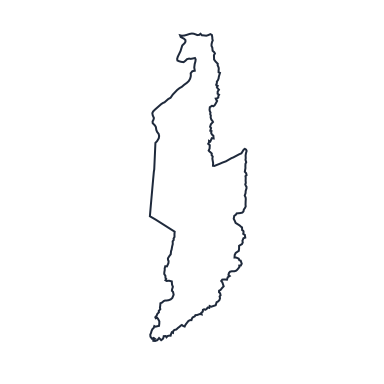 outline of Vila Boa, Goiás, Brazil, rotated 204°
{"feature_id": "56859067B63522642700520", "entity_name": "Vila Boa", "entity_type": "district", "adm_level": 2, "iso_a3": "BRA", "parent_name": "Brazil", "parent_adm1": "Goiás", "projection": "robinson", "projection_center": [-47.073, -14.994], "detail": "fine", "context": "isolated", "style": "outline", "palette": "slate", "viewbox_px": 384, "rotation_deg": 204, "n_neighbors": 0, "source": "geoboundaries", "source_scale": "gbopen_adm2", "svg_char_len": 4802}
<svg xmlns="http://www.w3.org/2000/svg" viewBox="0 0 384 384"><g transform="rotate(204 192 192)"><path d="M245.4,222.0L235.7,197.3L235.1,195.0L231.4,184.1L224.0,162.5L220.6,152.7L214.0,152.0L191.7,148.7L190.9,146.4L189.7,143.8L189.9,142.0L189.2,140.8L189.6,139.1L188.4,136.6L188.0,134.2L187.2,131.0L187.1,129.5L186.1,126.4L186.6,124.5L186.8,123.1L187.0,121.6L186.3,120.2L185.3,119.4L184.6,117.4L184.6,113.9L186.2,113.3L185.9,111.1L185.2,109.7L184.7,107.6L184.0,105.8L182.2,104.6L181.3,102.7L180.2,102.1L180.4,100.6L179.0,100.4L176.9,101.6L174.1,102.1L173.4,100.8L172.6,99.3L170.9,97.6L170.6,94.9L170.2,93.6L168.8,93.1L168.0,92.1L167.0,90.7L166.9,87.1L167.8,85.2L169.4,83.6L171.3,82.4L172.5,81.9L173.5,80.8L174.4,78.8L175.6,77.5L174.9,75.6L174.2,73.2L173.3,72.1L174.0,69.8L173.3,68.6L174.1,66.6L174.0,64.7L174.6,62.7L173.7,61.9L172.6,62.9L171.3,62.2L169.2,60.5L168.3,58.3L167.7,56.3L168.9,55.4L170.6,54.1L171.9,54.2L171.7,52.3L172.4,50.5L172.4,48.4L172.1,46.6L172.1,44.7L171.1,42.9L168.9,41.7L167.7,43.1L166.3,42.8L167.5,41.6L166.8,40.3L165.1,40.9L163.4,42.5L162.7,45.2L159.9,44.1L159.0,45.7L158.8,47.2L159.2,48.8L157.5,49.7L156.2,48.9L155.7,50.5L154.3,51.6L153.1,52.0L153.4,54.0L153.4,55.6L152.1,55.6L152.6,57.1L152.0,58.8L150.4,60.0L149.6,62.0L148.6,63.8L147.9,65.4L147.2,66.4L145.6,66.0L144.0,66.1L144.0,67.6L143.7,69.3L142.8,72.8L141.6,74.2L140.4,74.7L140.6,76.2L140.4,77.7L138.9,79.5L138.8,80.9L137.4,81.6L135.1,83.8L133.4,84.1L134.4,85.4L133.5,87.1L134.1,88.8L133.2,89.8L132.0,89.8L131.1,91.0L130.7,92.8L129.1,93.2L129.5,95.0L127.8,95.0L125.5,97.1L124.3,98.2L124.5,99.8L124.7,101.3L123.6,102.7L123.0,104.5L123.2,106.4L124.3,107.8L123.9,109.3L125.1,110.9L126.6,111.5L127.1,112.9L126.1,114.1L125.5,116.5L124.7,118.7L127.5,121.8L129.1,122.6L128.7,124.3L126.3,125.5L124.4,126.1L124.7,128.6L123.4,130.6L125.0,131.1L125.3,133.0L124.9,134.6L123.5,135.7L121.1,136.8L119.8,137.9L119.1,139.3L118.5,141.4L118.2,142.8L118.9,144.0L117.5,144.7L117.4,146.7L119.6,149.1L121.0,148.9L122.2,150.1L124.9,150.1L126.5,149.4L127.4,151.9L127.3,154.1L126.0,156.2L125.3,157.3L126.0,159.5L127.1,162.0L126.2,163.3L125.2,164.6L125.1,166.5L126.1,168.0L126.2,170.7L124.8,172.0L126.3,174.3L128.2,174.6L128.6,176.5L129.4,177.4L130.7,177.6L131.9,180.0L133.1,180.2L134.8,180.8L139.6,181.5L140.9,182.8L143.0,184.5L143.7,187.4L142.7,189.1L142.5,190.6L139.3,192.4L137.6,193.7L137.1,195.2L137.5,197.0L137.1,199.2L137.1,200.7L137.9,202.1L139.3,205.5L140.0,207.4L140.8,208.8L142.4,210.2L142.6,212.7L143.4,214.8L143.7,217.5L144.3,218.9L145.3,219.5L146.5,220.7L146.5,222.1L147.7,224.3L148.7,226.8L149.6,228.2L149.0,229.6L150.2,231.2L152.0,232.0L152.9,235.6L153.6,237.0L154.6,239.4L154.6,241.3L156.2,243.1L156.7,244.8L157.9,247.2L158.5,249.5L158.8,251.7L159.8,252.7L161.3,252.9L162.0,251.7L162.6,247.4L164.2,245.7L166.3,243.0L168.4,240.3L169.7,239.0L173.5,233.8L176.2,231.2L178.0,229.2L182.2,224.9L183.5,224.5L184.5,227.1L186.0,229.3L187.0,230.8L187.5,232.8L189.1,233.7L189.6,235.2L191.3,235.8L192.5,236.1L193.6,236.6L193.6,238.9L194.2,240.4L194.8,242.0L196.8,242.6L196.6,244.3L197.2,245.6L195.8,245.5L195.8,249.2L194.0,249.7L195.4,252.1L197.1,252.6L198.5,253.7L199.0,255.6L200.2,255.4L200.6,258.2L202.0,258.9L202.3,261.6L201.3,264.5L202.5,265.4L203.8,266.0L205.3,267.7L205.9,269.5L207.1,270.6L207.4,272.1L208.6,273.1L209.4,274.2L210.2,276.7L208.8,278.9L207.4,279.0L206.6,280.4L206.3,282.8L206.1,285.4L207.2,286.0L208.3,287.0L207.1,287.8L206.4,289.0L207.0,290.4L206.8,291.8L208.6,292.2L209.4,294.2L209.0,296.4L210.9,297.2L212.0,298.0L211.7,299.4L213.5,299.7L213.6,301.7L214.2,303.0L213.8,304.7L213.9,306.5L214.4,308.4L214.6,309.9L214.9,312.2L216.4,312.2L217.1,313.7L217.6,315.3L218.3,316.5L220.2,318.3L220.6,319.6L223.6,320.8L225.7,322.0L227.6,325.9L227.4,327.9L228.7,328.8L230.6,329.4L232.2,332.2L233.6,333.4L234.3,335.1L234.7,337.3L234.7,338.9L235.6,340.0L236.4,341.6L237.7,343.5L239.4,343.7L241.0,341.9L242.5,340.6L245.1,339.8L246.7,339.2L248.6,340.0L249.3,338.5L251.0,337.5L252.3,337.5L254.8,337.3L256.6,336.7L258.5,335.4L260.7,333.4L262.7,331.8L264.9,330.6L266.6,330.3L265.3,329.0L261.7,328.8L259.8,328.1L259.1,326.6L259.3,324.9L260.5,321.9L259.8,316.0L260.0,309.7L259.7,307.5L258.8,306.2L257.0,306.2L254.9,306.5L252.5,307.2L251.4,309.2L250.6,311.3L248.9,312.7L247.5,313.0L246.4,313.7L245.0,314.7L243.8,315.6L242.6,314.6L242.0,312.7L241.6,310.0L240.6,306.7L238.8,303.9L240.8,302.5L241.5,299.9L240.6,298.3L240.1,296.8L239.8,294.6L240.1,292.0L241.1,289.6L242.8,286.7L244.1,283.9L245.6,281.9L247.0,279.3L249.2,273.2L249.9,269.4L251.5,267.3L253.6,262.7L254.6,261.7L255.8,259.9L259.4,252.1L260.3,249.7L260.3,247.9L259.1,246.1L256.9,244.1L256.6,242.4L256.7,240.4L255.9,238.9L252.9,237.7L251.4,236.6L249.8,234.1L248.3,232.7L246.1,231.5L244.8,229.8L244.2,227.5L244.6,224.2L245.4,222.0Z" fill="none" stroke="#1e293b" stroke-width="2"/></g></svg>